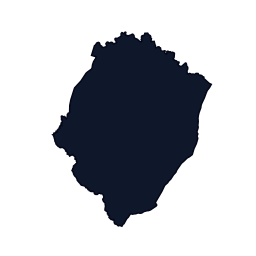 Si Chomphu, Khon Kaen, Thailand, rotated 17°
{"feature_id": "78962969B87234528247492", "entity_name": "Si Chomphu", "entity_type": "district", "adm_level": 2, "iso_a3": "THA", "parent_name": "Thailand", "parent_adm1": "Khon Kaen", "projection": "robinson", "projection_center": [102.106, 16.757], "detail": "fine", "context": "isolated", "style": "filled", "palette": "ink", "viewbox_px": 256, "rotation_deg": 17, "n_neighbors": 0, "source": "geoboundaries", "source_scale": "gbopen_adm2", "svg_char_len": 5713}
<svg xmlns="http://www.w3.org/2000/svg" viewBox="0 0 256 256"><g transform="rotate(17 128 128)"><path d="M150.9,223.7L151.4,221.4L152.0,220.9L152.2,220.2L153.3,215.1L154.4,213.1L155.2,210.0L155.5,209.5L156.8,209.1L157.6,209.1L159.0,208.3L160.6,207.7L162.4,206.3L164.5,206.0L165.6,205.5L166.6,204.7L167.3,203.6L168.2,202.9L170.5,201.5L171.8,201.0L173.4,199.8L177.8,194.3L178.0,193.7L177.9,193.2L177.5,192.6L176.8,192.3L176.3,191.8L176.1,191.4L176.1,190.4L178.9,178.6L179.8,172.6L180.2,171.5L181.9,168.8L182.4,166.9L183.8,164.4L185.2,159.5L186.7,156.4L186.9,154.0L189.4,146.1L191.2,143.3L193.3,139.4L195.1,137.6L197.1,134.8L197.2,134.2L197.1,128.7L197.9,123.0L197.8,117.8L197.5,117.1L196.7,116.0L196.3,115.1L196.6,114.0L196.4,113.2L196.3,112.9L195.4,112.3L195.0,111.3L195.0,107.6L194.8,106.5L194.0,105.1L193.3,101.4L192.1,98.3L191.6,95.7L191.5,94.2L191.4,92.4L191.7,87.5L191.3,85.3L191.3,83.3L192.2,76.8L192.5,71.6L192.8,68.9L194.1,65.6L194.9,61.9L192.7,61.6L185.6,58.3L185.8,57.3L185.4,57.0L184.5,57.6L184.2,57.3L184.2,57.1L183.8,56.9L183.4,56.3L181.8,56.3L181.4,56.7L180.6,56.5L179.9,56.3L179.4,55.6L179.1,55.4L177.4,55.8L176.9,56.1L176.3,57.1L176.0,57.3L174.2,57.4L173.2,58.1L172.1,57.8L170.9,57.8L170.4,58.1L169.6,59.0L169.2,59.0L168.5,58.1L168.0,56.8L167.5,56.1L167.9,54.9L167.7,53.4L167.3,52.4L165.9,51.4L165.1,49.6L164.5,49.0L164.1,49.0L163.7,49.3L163.3,50.3L162.5,51.1L162.2,52.1L161.9,52.6L160.9,53.5L160.2,53.6L159.5,54.0L157.9,53.0L156.9,52.6L157.0,52.2L157.5,51.7L157.7,50.9L157.7,50.5L157.3,50.0L155.8,50.4L154.8,49.7L154.3,49.6L153.5,49.8L152.3,49.4L151.8,49.0L151.4,49.2L151.1,49.1L150.8,48.3L151.4,47.3L151.4,46.9L150.6,43.1L150.1,42.7L148.5,42.5L147.6,43.2L146.3,42.7L145.1,43.2L144.2,42.9L143.2,43.1L142.8,43.5L143.4,45.6L142.9,46.1L141.8,45.8L141.0,45.3L140.9,45.0L141.1,44.2L140.9,43.4L140.5,43.4L138.9,44.4L137.3,44.6L136.7,44.0L135.6,41.9L134.7,41.9L134.0,41.3L132.9,41.6L132.1,42.7L131.1,43.2L130.0,40.9L129.4,40.4L127.7,37.5L126.3,38.1L125.5,38.1L125.2,38.6L124.6,38.6L124.2,37.7L124.4,36.8L124.3,35.6L124.0,35.4L123.6,35.6L123.1,34.8L122.8,34.7L122.9,33.7L122.1,33.1L120.3,32.7L119.2,31.6L118.5,31.7L117.8,32.1L116.5,32.4L116.4,32.7L116.5,33.3L116.1,35.0L114.8,35.4L114.3,36.0L114.2,36.5L114.5,37.8L115.0,38.7L114.8,39.7L115.4,40.0L115.9,41.0L115.8,41.3L114.6,41.8L113.2,41.5L111.0,40.4L108.8,40.2L107.9,39.9L107.5,39.6L106.6,37.7L105.2,36.9L104.7,37.0L103.5,38.2L101.2,39.8L100.4,39.9L99.5,39.7L98.8,40.0L98.2,39.3L98.0,37.2L97.4,37.1L96.9,37.6L96.8,37.9L96.8,38.3L96.4,38.9L96.0,39.0L94.8,38.5L94.2,38.6L93.8,39.8L94.4,41.7L94.3,42.6L91.6,45.5L91.1,45.8L90.6,45.6L89.9,45.8L89.5,46.4L89.5,46.8L90.4,48.0L90.7,48.0L92.2,49.7L91.7,50.3L90.9,50.6L90.1,52.0L89.8,52.0L88.4,51.0L87.5,50.8L86.4,51.2L85.1,52.4L83.7,51.7L83.0,51.9L82.2,53.7L82.4,54.2L83.1,54.8L83.4,55.2L83.3,56.7L81.6,57.8L80.2,58.5L79.9,58.4L78.9,57.4L78.0,57.3L76.6,56.4L76.4,56.1L76.3,55.6L75.6,54.9L74.6,54.8L73.5,55.6L73.1,56.2L73.2,56.4L72.3,58.8L71.9,59.0L71.9,69.2L76.6,69.2L76.8,70.6L75.7,74.5L75.6,78.0L76.1,81.0L75.8,82.4L72.8,86.4L71.9,87.9L69.3,96.8L65.2,105.3L65.1,117.6L65.7,123.4L67.6,130.2L67.0,131.1L66.5,131.3L66.4,132.0L66.0,132.7L66.6,133.6L66.3,134.2L66.7,135.3L66.4,137.1L65.1,136.7L64.8,136.0L64.1,136.3L63.6,135.7L63.2,136.0L62.4,136.1L61.5,135.8L61.2,135.9L61.2,136.3L60.9,136.4L60.9,136.8L61.8,138.2L61.7,138.7L62.3,139.1L62.1,139.5L62.4,139.6L62.5,139.9L63.3,140.4L63.2,141.0L63.4,141.7L63.2,141.9L63.4,142.2L63.1,142.6L62.7,142.6L62.6,142.9L62.9,143.7L63.5,144.1L63.6,144.3L63.4,144.2L62.9,144.6L63.0,144.9L62.7,145.4L62.9,145.6L62.7,145.9L62.7,146.3L62.4,146.3L62.5,147.0L62.2,147.1L62.1,147.4L62.9,148.2L62.7,148.5L62.3,148.6L62.4,148.9L62.2,149.0L62.1,149.3L61.7,149.4L61.5,149.7L61.4,150.4L61.0,150.9L61.2,151.1L61.0,151.7L61.4,152.2L60.8,152.3L61.2,152.6L60.6,152.9L60.7,153.2L60.2,153.4L59.9,153.4L59.7,153.8L59.7,154.5L59.2,154.5L59.1,154.9L58.7,154.9L58.8,155.1L59.2,155.0L59.1,155.4L58.7,155.3L58.6,156.0L58.1,156.4L58.4,156.5L58.8,156.2L58.8,156.5L59.0,156.7L59.0,157.2L59.6,157.8L61.5,160.8L62.2,162.3L62.9,162.8L64.0,164.5L66.6,166.0L67.2,166.0L68.5,166.6L69.0,166.6L70.7,165.8L72.2,165.8L72.7,166.2L73.4,166.3L74.1,166.8L74.5,167.3L75.2,167.4L75.2,168.2L76.6,168.7L76.6,168.8L77.6,169.2L77.4,170.6L79.7,171.0L80.4,171.9L82.6,169.7L83.0,170.1L83.6,170.1L85.6,170.9L86.5,172.2L86.2,172.3L86.4,173.2L86.6,173.4L87.2,173.3L87.9,173.5L88.5,175.1L89.3,175.8L89.2,176.6L89.0,177.1L88.5,177.6L88.3,178.2L87.0,180.3L87.3,181.8L87.5,182.1L87.3,182.3L87.3,182.8L87.1,182.9L87.3,183.2L87.0,184.1L86.9,185.1L88.1,185.8L88.3,186.3L89.2,187.0L89.2,187.5L89.4,187.9L91.0,189.4L93.4,190.6L93.5,191.1L94.4,191.8L94.5,192.4L94.8,192.9L97.3,194.5L98.2,194.9L99.1,195.7L100.1,196.3L103.0,196.1L104.0,196.3L105.1,197.3L105.3,197.1L105.7,197.3L106.1,197.2L106.5,197.5L107.3,197.7L107.5,198.3L108.1,198.7L108.4,198.6L109.0,198.7L109.3,199.2L110.0,199.1L110.3,199.4L111.1,199.5L112.0,199.3L112.1,198.9L112.3,198.8L112.7,199.1L113.2,198.8L113.9,198.8L114.7,199.8L115.0,200.5L116.1,201.0L116.4,200.7L117.4,200.7L117.9,200.6L118.4,200.1L118.5,199.4L119.0,199.2L119.6,198.7L121.4,198.8L122.9,198.4L123.3,198.6L124.1,199.7L124.9,200.5L125.0,201.0L125.1,202.3L124.7,203.3L124.9,204.0L125.7,204.7L125.6,204.9L125.8,205.1L127.1,206.0L127.7,206.1L128.6,207.4L128.6,208.1L129.3,209.1L129.7,212.1L130.0,213.3L130.9,213.7L131.9,213.9L132.1,213.7L132.8,214.0L133.3,215.6L133.5,215.6L133.8,215.9L133.7,216.2L134.3,216.4L134.6,217.1L135.6,217.2L135.6,217.6L135.9,217.8L136.0,219.1L138.7,220.5L139.0,220.2L140.0,220.1L140.5,220.5L141.1,220.2L141.0,219.9L141.3,219.8L141.7,220.4L142.5,222.5L143.4,223.5L145.8,223.6L146.9,224.3L147.4,224.4L148.5,223.6L150.9,223.7Z" fill="#0f172a" stroke="#020617" stroke-width="1.5"/></g></svg>